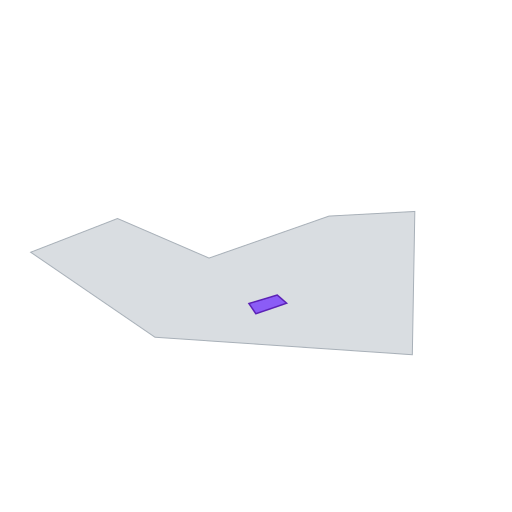 location of Roche Caïman within Seychelles, rotated 126°
{"feature_id": "SYC-5222", "entity_name": "Roche Caïman", "entity_type": "state/province", "adm_level": 1, "iso_a3": "SYC", "parent_name": "Seychelles", "parent_adm1": "", "projection": "mercator", "projection_center": [55.482, -4.649], "detail": "fine", "context": "in_parent", "style": "filled", "palette": "violet", "viewbox_px": 512, "rotation_deg": 126, "n_neighbors": 0, "source": "natural_earth", "source_scale": "10m", "svg_char_len": 388}
<svg xmlns="http://www.w3.org/2000/svg" viewBox="0 0 512 512"><g transform="rotate(126 256 256)"><path d="M381.1,290.0L385.4,440.5L307.1,390.1L285.3,292.8L180.8,220.4L126.6,153.7L244.0,71.5L381.1,290.0Z" fill="#d9dde1" stroke="#a8b0b8" stroke-width="1"/><path d="M276.2,203.5L302.8,222.2L298.6,233.8L275.1,215.9L276.2,203.5Z" fill="#8b5cf6" stroke="#5b21b6" stroke-width="1.5"/></g></svg>